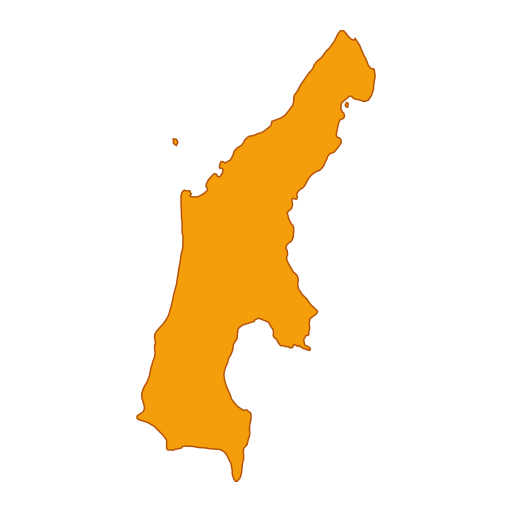 Saipan, Saipan, Northern Mariana Islands
{"feature_id": "39175420B42755231479115", "entity_name": "Saipan", "entity_type": "district", "adm_level": 2, "iso_a3": "MNP", "parent_name": "Northern Mariana Islands", "parent_adm1": "Saipan", "projection": "equal_earth", "projection_center": [145.757, 15.191], "detail": "fine", "context": "isolated", "style": "filled", "palette": "amber", "viewbox_px": 512, "rotation_deg": 0, "n_neighbors": 0, "source": "geoboundaries", "source_scale": "gbopen_adm2", "svg_char_len": 5630}
<svg xmlns="http://www.w3.org/2000/svg" viewBox="0 0 512 512"><path d="M137.0,416.8L136.9,417.1L137.1,418.4L138.9,419.8L141.1,420.4L146.6,422.0L149.3,423.4L152.0,425.0L154.2,426.3L163.2,435.4L165.8,439.0L166.6,440.1L166.6,442.3L166.7,444.5L166.5,447.1L166.8,448.4L166.9,448.7L167.3,449.6L168.7,450.0L170.6,449.9L173.0,450.2L175.0,449.3L181.0,448.2L182.5,446.6L184.2,446.2L185.6,446.1L186.3,446.2L191.0,446.3L192.8,446.4L193.3,446.5L198.4,447.5L205.2,447.9L209.5,448.7L214.3,449.0L218.7,449.4L220.0,449.5L223.4,451.3L226.3,454.2L231.0,463.6L231.4,465.9L232.2,469.7L232.3,474.6L233.1,476.9L233.8,479.0L235.5,481.3L237.2,481.3L240.0,477.9L241.3,473.9L242.8,461.4L243.6,459.4L243.6,455.3L243.3,451.1L243.8,448.2L247.0,444.8L248.5,438.8L249.3,436.4L249.8,433.9L249.5,430.5L249.5,426.1L251.0,418.9L251.0,416.0L251.0,414.0L250.1,412.4L248.9,411.8L246.8,409.9L243.6,410.4L237.7,406.6L235.9,404.5L235.3,403.9L231.8,399.5L229.5,393.2L226.7,387.2L224.8,381.0L224.2,377.1L223.9,374.3L224.2,372.0L224.7,370.0L225.4,367.6L226.4,365.6L227.3,363.4L227.4,363.1L228.0,361.0L228.3,359.5L229.4,356.9L230.8,354.8L231.7,352.6L232.2,351.3L232.4,350.9L232.7,349.6L233.0,347.5L233.3,345.6L233.5,344.2L234.2,343.1L235.2,341.5L236.4,339.9L236.6,339.4L237.2,337.9L237.3,336.2L237.4,333.8L237.8,331.3L237.8,330.8L237.9,329.9L238.4,328.5L240.1,326.9L242.2,325.2L254.2,321.4L255.2,319.6L258.7,318.2L268.7,322.2L269.0,322.9L270.8,326.6L272.9,329.3L273.6,332.7L273.1,334.8L273.6,336.8L276.3,339.2L278.6,343.2L280.7,345.8L283.3,345.6L284.9,346.6L288.4,346.6L290.1,348.0L292.9,347.2L293.3,344.9L294.8,344.7L297.8,346.4L298.9,345.6L302.8,348.2L303.1,348.3L308.8,350.3L309.9,350.4L310.0,350.2L310.4,348.7L309.5,347.4L308.7,347.0L305.1,345.2L304.7,344.5L304.4,343.6L303.7,339.6L305.9,335.6L308.1,335.4L309.0,334.2L308.5,332.3L309.7,329.0L309.2,322.3L310.3,318.5L316.8,313.5L317.5,311.1L315.8,309.4L310.6,304.5L307.9,300.6L306.7,298.8L302.3,294.6L301.3,293.1L298.3,288.4L298.2,288.1L297.7,283.4L298.3,279.7L297.6,276.5L295.7,273.8L293.4,272.1L292.6,270.8L289.7,265.8L289.5,265.4L288.7,264.0L287.5,261.5L286.7,259.8L286.7,256.6L287.7,254.6L286.9,249.5L285.7,248.8L286.5,245.4L288.7,242.8L291.0,241.6L292.3,239.5L292.3,239.4L293.2,237.2L293.3,236.1L293.4,234.5L293.7,231.6L293.7,228.9L293.3,226.2L291.5,224.0L290.9,222.9L290.0,221.3L288.7,218.8L287.2,212.5L291.4,208.6L292.6,204.9L291.8,199.9L292.7,198.3L296.3,199.3L297.4,197.5L296.7,193.9L299.5,189.7L302.8,187.8L305.0,185.3L306.8,181.6L307.0,181.2L308.4,178.8L308.7,178.3L309.9,176.7L310.6,176.0L312.2,174.4L313.0,173.8L313.8,173.0L315.2,172.3L317.9,170.8L318.6,170.8L320.7,169.5L322.4,167.5L324.2,165.0L324.9,162.5L326.4,160.0L327.7,156.4L328.0,156.0L329.1,154.6L329.9,153.6L333.2,152.7L334.4,151.8L334.8,151.3L336.9,148.9L339.1,146.0L341.0,143.0L341.2,140.8L340.5,138.9L339.3,138.0L337.1,136.9L336.2,134.8L336.7,132.1L337.4,128.9L338.0,125.4L339.0,122.1L340.2,119.8L343.2,118.5L344.3,116.9L344.4,115.1L343.9,113.5L342.4,111.9L342.0,111.2L341.0,109.2L341.0,105.6L341.6,102.8L349.5,96.1L351.4,96.3L354.1,98.9L357.6,99.5L364.6,101.5L365.3,101.3L368.3,100.2L371.3,95.7L373.4,89.7L373.9,83.4L375.1,76.7L374.8,73.3L374.1,69.2L370.9,68.4L368.3,65.3L365.8,58.6L363.8,55.3L359.6,45.2L355.1,38.4L353.9,40.3L351.5,39.4L351.3,39.2L350.7,38.7L348.8,37.0L346.2,33.6L344.5,31.6L343.6,30.9L342.7,30.7L342.0,30.7L340.7,30.7L339.8,31.5L338.4,33.1L337.4,34.9L334.0,41.9L330.9,46.0L329.7,47.7L326.1,51.2L324.6,53.3L321.8,57.2L317.0,61.3L316.8,61.5L316.3,62.2L314.2,64.9L313.2,67.6L311.4,70.4L308.8,73.1L301.0,84.3L297.4,91.0L294.5,95.0L294.3,95.6L293.7,98.2L293.8,101.1L292.7,105.5L290.1,108.8L288.2,111.3L285.2,115.1L280.7,118.1L271.9,121.4L271.7,122.3L270.9,125.7L270.5,126.0L264.6,130.8L263.2,131.6L262.8,131.8L260.6,133.0L260.0,133.1L258.7,133.2L258.6,133.3L253.6,135.5L248.6,136.4L246.8,138.1L245.0,139.7L243.5,142.6L241.6,145.3L240.2,146.1L237.3,147.8L234.3,150.9L233.9,152.4L233.8,152.5L233.1,154.9L231.8,157.4L230.9,159.0L230.4,159.9L227.9,161.4L225.2,163.0L223.7,162.0L222.1,161.5L220.7,162.0L220.0,163.9L219.7,165.1L219.3,166.7L219.7,167.7L220.3,168.4L221.6,168.2L222.3,168.5L222.5,168.8L223.0,169.9L222.9,171.3L222.2,173.3L221.1,175.1L220.0,176.7L218.8,176.8L218.6,176.7L217.7,176.2L216.9,175.9L216.6,174.4L215.5,173.7L213.9,173.9L208.7,179.3L206.3,184.2L206.0,186.1L206.3,187.0L207.3,188.2L207.6,189.2L207.4,190.1L207.0,190.5L206.1,191.5L204.4,193.1L203.2,193.9L202.8,194.2L200.3,195.7L197.7,196.8L194.6,196.9L193.6,196.9L192.3,196.9L191.0,196.7L189.7,195.4L191.2,194.3L189.8,190.7L186.1,190.9L184.8,190.2L184.0,190.3L183.3,190.9L182.3,191.9L181.5,193.7L181.3,194.8L181.0,196.3L181.0,198.0L181.0,198.3L181.0,203.0L181.6,218.2L182.1,222.9L182.1,230.1L182.1,232.7L183.1,236.7L182.8,247.0L182.8,247.7L181.0,255.2L181.0,255.3L180.3,261.1L178.8,268.7L178.6,270.4L177.7,276.0L176.5,284.3L173.5,295.5L172.3,301.6L171.8,303.8L169.5,312.2L169.0,313.8L167.5,317.4L163.5,323.5L160.6,326.7L156.9,330.8L154.9,334.2L154.7,335.5L154.7,335.9L154.5,336.9L154.8,338.7L155.2,341.3L155.3,341.8L155.4,343.3L155.1,344.3L154.6,345.2L154.6,346.0L154.5,347.2L154.8,350.5L155.2,353.3L154.6,356.5L154.5,357.2L153.7,359.4L153.0,361.2L151.0,367.7L149.7,374.4L149.6,375.0L149.4,376.0L149.0,376.9L148.0,379.5L147.8,380.1L147.4,381.1L143.4,388.3L141.7,393.6L141.8,394.5L141.9,397.7L142.6,400.1L143.6,403.7L144.1,405.5L144.4,407.0L144.5,407.9L143.7,410.9L142.7,412.2L140.6,413.5L139.0,414.6L137.4,415.6L137.0,416.8ZM173.3,138.8L173.5,143.4L176.3,145.5L176.6,144.9L177.9,142.1L176.3,139.3L173.3,138.8ZM345.8,103.9L345.2,105.0L346.4,107.2L347.9,106.9L348.2,103.3L346.4,102.6L346.1,103.3L345.8,103.9Z" fill="#f59e0b" stroke="#b45309" stroke-width="1.5"/></svg>